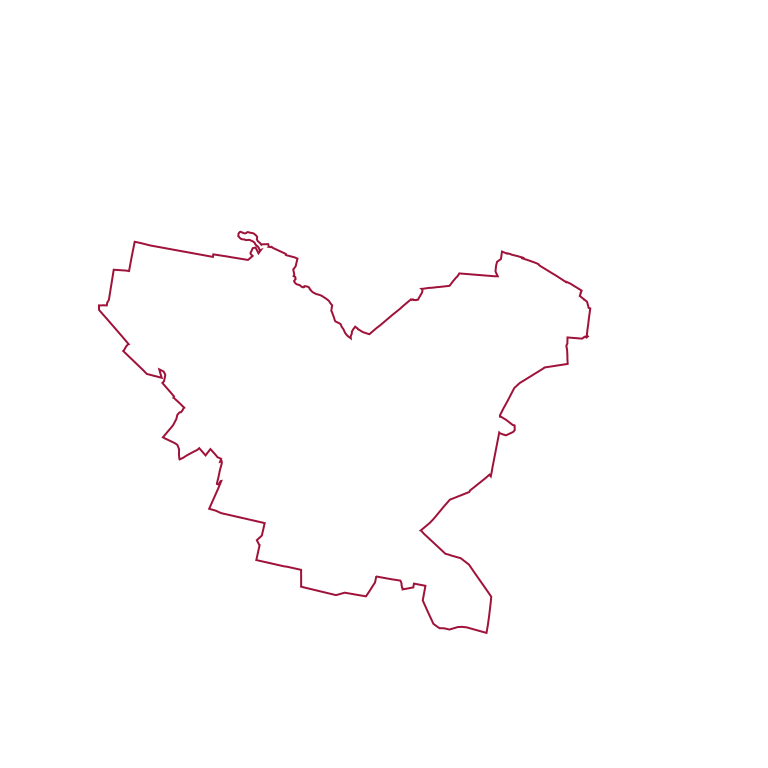 Kalupes pag., Daugavpils, Latvia, rotated 144°
{"feature_id": "27541924B69291798191186", "entity_name": "Kalupes pag.", "entity_type": "district", "adm_level": 2, "iso_a3": "LVA", "parent_name": "Latvia", "parent_adm1": "Daugavpils", "projection": "albers", "projection_center": [26.542, 56.088], "detail": "fine", "context": "isolated", "style": "outline", "palette": "rose", "viewbox_px": 768, "rotation_deg": 144, "n_neighbors": 0, "source": "geoboundaries", "source_scale": "gbopen_adm2", "svg_char_len": 6034}
<svg xmlns="http://www.w3.org/2000/svg" viewBox="0 0 768 768"><g transform="rotate(144 384 384)"><path d="M568.4,615.1L570.5,612.2L570.9,611.5L571.0,611.1L570.7,608.0L569.9,599.6L568.7,585.4L567.9,576.3L567.2,566.3L567.9,566.5L570.4,566.0L574.4,564.2L575.6,564.0L570.7,536.7L570.0,531.6L565.0,525.5L565.0,525.4L564.8,525.3L560.2,519.7L558.6,524.3L557.2,527.9L555.0,523.7L555.4,520.5L555.6,519.9L559.9,515.9L560.0,516.0L561.1,515.3L562.7,515.1L561.5,501.9L561.2,497.4L562.1,497.0L562.4,496.7L562.2,496.5L561.5,492.9L561.0,490.7L559.9,484.2L559.5,482.3L559.5,482.2L560.2,482.3L562.4,481.2L564.8,480.5L566.0,481.2L568.7,480.7L569.6,480.3L572.5,477.8L578.9,474.6L587.4,472.5L594.2,470.8L593.1,468.5L589.6,462.1L588.0,459.1L587.1,456.7L587.1,456.1L587.0,455.9L588.2,451.6L591.6,447.1L593.7,443.4L593.6,443.0L591.9,442.8L590.2,442.4L585.0,442.1L577.1,441.0L574.3,440.5L572.6,440.5L571.2,440.7L570.3,431.1L562.7,433.4L561.9,426.0L561.7,422.6L560.6,420.8L559.8,419.0L562.3,417.4L560.8,416.9L561.4,415.7L563.4,413.9L567.0,411.1L572.5,406.1L577.8,401.6L577.9,401.2L577.6,400.8L576.7,400.0L573.3,401.4L573.0,401.4L572.6,401.2L580.1,396.6L598.8,385.8L594.7,380.6L591.6,375.2L562.3,341.6L571.9,333.2L578.7,332.4L579.5,327.2L579.3,326.8L590.8,316.6L571.8,295.0L571.2,294.4L570.3,293.7L560.5,282.6L560.3,282.4L569.8,269.2L570.2,268.9L569.4,267.8L562.7,259.9L547.0,241.5L545.4,240.8L538.5,238.3L523.4,222.8L516.6,225.3L513.7,226.5L507.9,228.7L503.7,232.6L503.2,232.6L492.0,220.9L490.3,219.3L486.3,215.3L487.1,212.2L487.4,211.7L488.0,211.1L488.6,209.6L489.1,208.7L488.9,208.0L489.7,206.9L479.9,202.2L477.1,204.9L469.1,196.4L479.9,186.1L482.5,173.6L485.0,160.9L483.6,156.5L482.6,153.8L478.9,151.0L475.4,146.9L467.2,144.0L463.9,141.9L460.3,138.7L447.4,122.4L442.0,127.6L436.0,133.8L427.1,143.4L422.3,148.8L422.1,154.5L421.8,171.5L421.7,177.8L421.5,184.8L421.4,187.9L424.4,198.2L425.3,199.2L431.4,207.0L431.6,207.4L431.7,207.7L431.9,207.9L434.1,210.5L439.8,239.8L439.8,240.6L440.2,243.4L440.2,243.6L440.4,243.9L428.7,244.7L427.4,244.9L422.3,245.9L407.5,249.7L398.7,251.7L378.4,246.5L377.0,247.3L376.8,247.3L356.8,248.2L352.0,248.7L351.9,246.5L347.0,251.0L346.4,251.7L319.3,277.0L319.2,276.2L319.1,275.9L316.8,272.4L316.6,272.4L315.9,271.2L315.5,270.8L307.9,269.3L305.4,269.8L302.7,273.7L302.8,274.0L303.9,275.0L306.4,283.6L307.5,286.1L308.5,288.6L309.4,289.3L308.6,290.5L301.6,294.1L294.3,297.5L280.9,304.2L273.7,305.0L246.0,302.9L246.0,303.0L244.4,303.0L223.6,292.3L220.6,296.9L219.2,298.8L215.8,304.0L214.6,306.5L214.6,306.8L213.7,308.0L211.9,308.9L208.2,313.8L197.1,304.3L195.8,304.2L195.2,304.4L194.7,304.2L193.8,304.3L193.4,304.2L193.1,303.8L193.1,303.0L193.1,302.7L192.9,302.5L192.6,302.5L191.6,302.7L191.1,302.7L191.3,304.0L190.1,305.5L186.3,309.6L184.4,311.5L180.3,316.0L172.7,323.9L173.7,325.2L171.4,331.2L172.4,335.0L172.6,335.0L172.6,335.7L173.8,339.9L173.9,340.1L171.2,342.0L171.3,342.2L169.2,343.4L174.3,355.8L176.4,359.5L176.8,359.3L180.6,369.3L188.0,387.1L188.6,388.7L188.6,390.1L189.7,392.2L194.3,399.0L198.2,404.3L197.3,404.5L200.9,409.1L204.9,413.8L205.3,414.8L205.7,415.2L207.3,417.2L207.8,417.1L210.7,421.8L215.9,416.4L220.7,416.4L223.8,413.8L225.2,412.3L227.7,409.4L228.7,404.3L232.0,406.8L234.4,408.9L258.1,429.2L260.2,428.3L261.6,427.9L263.2,427.7L267.7,426.6L273.3,424.9L283.3,430.6L284.2,431.3L285.3,431.8L289.7,434.3L290.5,435.0L296.6,438.2L297.7,438.9L297.6,438.4L297.6,437.8L297.9,437.2L298.5,436.4L300.4,435.1L302.0,434.6L302.6,434.1L303.2,434.0L304.8,433.3L306.4,432.5L306.9,432.2L307.4,432.4L308.3,433.1L308.7,433.2L308.8,433.1L309.4,433.5L309.6,433.8L310.1,434.1L310.6,434.5L310.7,435.3L311.0,435.6L311.8,435.9L312.0,436.1L312.3,435.8L312.5,436.1L312.6,436.6L322.6,435.9L327.3,435.4L336.0,435.0L353.1,433.7L356.3,433.7L366.6,432.9L368.3,435.2L370.7,438.6L372.5,443.0L372.9,443.7L372.7,444.3L372.8,444.8L373.3,445.9L373.4,446.3L373.6,447.3L376.6,446.4L379.1,445.3L380.2,444.0L380.7,443.5L382.6,442.4L383.1,441.9L384.0,440.5L384.3,441.7L384.8,442.6L385.1,444.2L385.4,445.9L385.4,448.4L384.6,452.3L384.6,455.2L383.9,457.9L384.7,459.8L386.5,463.2L386.5,463.6L386.3,464.6L385.1,468.2L384.7,469.7L383.9,472.5L383.6,474.2L381.7,476.2L379.7,478.1L379.8,478.3L379.9,481.3L379.7,483.2L379.9,484.4L380.2,485.3L380.6,486.9L381.0,487.8L382.5,491.9L383.5,493.5L384.9,495.4L386.0,496.6L386.6,498.0L387.1,498.8L387.8,500.4L387.9,501.1L388.2,503.2L388.2,503.3L388.0,503.6L388.0,503.8L388.3,504.4L388.3,504.7L388.0,505.2L387.9,505.9L387.9,506.2L388.7,507.8L389.8,509.0L390.6,509.8L391.1,509.9L391.3,509.4L392.0,509.4L392.6,509.8L393.3,510.6L393.6,511.4L394.0,513.3L394.2,513.7L395.8,515.7L396.0,516.1L396.2,516.8L396.4,517.2L396.5,519.0L396.3,519.4L396.2,520.2L393.8,520.9L393.8,521.4L393.2,522.0L393.0,522.4L392.9,522.9L393.6,524.1L393.7,524.5L393.2,524.6L392.3,525.2L390.1,530.0L386.4,531.1L380.3,536.3L381.9,539.0L387.3,545.6L387.6,546.2L387.0,547.0L393.9,559.4L394.3,561.1L395.1,561.2L396.4,562.5L396.5,562.6L396.4,562.6L395.5,565.2L400.6,568.7L401.4,568.7L401.4,570.0L401.4,570.7L402.1,573.7L402.1,574.2L402.0,574.9L401.7,576.1L400.6,577.0L400.3,577.4L400.1,578.1L400.2,579.3L400.8,582.0L401.1,582.6L402.1,583.8L403.7,585.4L404.3,586.3L404.9,587.0L405.9,587.2L406.9,587.1L407.7,587.5L408.3,587.9L408.7,588.3L409.3,589.3L409.6,590.0L410.1,590.5L410.6,591.5L411.1,591.7L412.7,591.4L413.6,590.9L415.0,589.2L414.8,588.4L414.9,587.7L414.7,587.0L414.6,585.9L414.4,585.5L413.6,584.5L413.3,584.0L412.1,583.2L411.8,582.8L411.6,582.2L411.1,581.5L408.5,580.0L407.8,579.2L407.3,578.2L406.2,576.4L405.8,575.0L405.7,574.4L405.8,573.4L406.0,573.0L405.9,571.7L405.3,569.2L405.3,568.2L405.4,567.2L405.7,566.4L405.9,565.3L405.6,565.0L404.8,564.8L408.7,563.5L407.7,569.9L410.1,571.0L410.6,571.0L411.2,570.6L411.5,570.3L415.0,568.5L415.3,568.0L415.4,567.2L415.0,564.8L420.9,564.3L421.5,564.7L433.4,576.7L436.0,579.4L445.9,589.2L447.7,587.4L491.7,633.5L497.7,640.7L502.1,645.6L513.6,635.0L523.9,625.2L525.8,627.2L535.5,635.3L557.1,613.8L560.1,612.5L562.1,610.5L564.7,612.6L566.5,613.7L568.4,615.1Z" fill="none" stroke="#9f1239" stroke-width="2"/></g></svg>